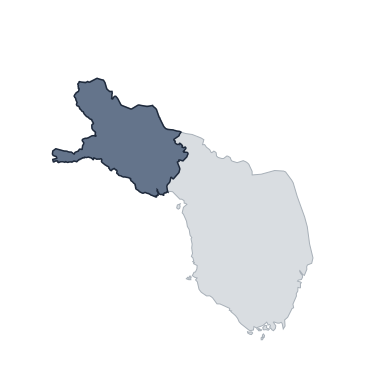 Finland, with Lapland highlighted, rotated 309°
{"feature_id": "FIN-3176", "entity_name": "Lapland", "entity_type": "Province", "adm_level": 1, "iso_a3": "FIN", "parent_name": "Finland", "parent_adm1": "", "projection": "orthographic", "projection_center": [25.412, 67.834], "detail": "fine", "context": "in_parent", "style": "filled", "palette": "slate", "viewbox_px": 384, "rotation_deg": 309, "n_neighbors": 0, "source": "natural_earth", "source_scale": "10m", "svg_char_len": 9430}
<svg xmlns="http://www.w3.org/2000/svg" viewBox="0 0 384 384"><g transform="rotate(309 192 192)"><path d="M165.0,166.6L163.8,160.9L162.1,156.0L160.2,154.6L159.6,152.7L159.4,148.7L159.8,145.7L161.9,142.8L162.4,138.8L163.6,135.6L163.1,133.5L160.0,127.6L159.7,125.7L159.6,122.5L161.4,119.6L161.0,116.7L157.8,115.5L157.9,113.7L158.9,110.8L158.5,108.2L158.7,102.7L160.4,100.3L158.5,98.4L156.8,94.8L155.3,94.6L154.5,90.8L151.8,87.3L142.4,82.2L136.7,76.6L133.9,72.1L131.1,69.5L131.0,67.3L128.2,65.3L128.8,64.4L131.2,64.5L133.1,65.5L133.8,64.4L133.2,61.1L133.4,60.2L135.7,58.6L139.3,58.8L146.3,72.0L147.3,76.3L154.7,78.0L155.4,79.0L157.4,78.9L161.8,77.0L163.5,74.2L165.1,74.5L175.5,81.0L177.2,79.6L178.2,75.7L179.0,74.0L180.2,72.7L182.6,71.9L184.5,68.8L184.7,59.8L185.6,57.2L187.2,48.4L190.4,44.4L192.6,40.2L194.8,39.6L199.0,40.4L203.7,36.0L206.8,35.3L212.6,42.4L220.7,46.6L223.1,52.6L222.2,55.1L218.4,62.0L218.3,63.8L219.9,66.7L214.0,70.6L214.5,71.6L217.8,71.9L218.2,73.2L215.3,81.8L215.3,83.4L218.2,92.4L226.0,95.9L228.3,99.8L234.3,107.5L234.0,111.2L226.7,125.6L225.0,129.6L224.9,132.0L230.4,142.8L233.5,150.4L236.8,155.9L239.7,165.1L240.1,168.3L235.4,170.4L236.8,172.0L235.9,175.0L236.0,179.2L234.8,182.0L235.1,182.7L237.5,183.2L237.8,185.0L237.7,186.1L235.4,188.4L235.3,190.6L236.9,194.3L238.0,195.5L241.9,196.4L242.4,197.3L242.8,200.0L241.2,202.8L241.3,203.8L243.2,208.6L248.6,212.1L249.4,215.0L249.5,217.0L249.3,218.7L245.9,225.7L243.1,228.0L249.4,234.6L260.7,242.7L265.9,250.0L266.5,252.1L263.9,262.1L262.8,264.9L254.8,276.5L243.5,295.2L237.5,303.5L225.6,316.1L216.9,327.5L211.9,329.9L207.9,327.6L206.0,328.2L204.2,329.9L197.9,331.8L197.6,330.0L198.8,325.2L198.3,325.3L197.2,327.6L196.7,330.2L195.5,331.5L192.9,332.1L190.3,330.0L189.1,330.1L190.4,333.2L190.3,334.1L189.0,333.9L186.1,336.4L185.5,336.4L184.5,334.4L181.5,336.6L178.6,337.0L176.9,338.6L168.4,341.0L166.0,343.8L164.4,343.1L154.8,345.2L150.9,344.5L146.4,348.7L143.0,349.1L146.6,344.8L146.8,343.3L145.0,342.4L143.8,340.8L142.6,337.4L142.0,337.2L140.7,341.4L138.3,342.7L135.5,342.6L135.2,340.7L135.8,339.0L135.4,338.7L135.9,337.3L137.3,337.3L137.7,336.6L137.8,335.8L136.6,334.9L137.9,332.0L132.9,331.1L127.0,327.6L126.4,324.8L123.4,326.6L120.8,324.4L120.5,323.2L120.4,313.1L120.8,310.3L122.5,307.0L123.3,303.6L123.5,297.4L124.4,297.5L123.5,295.4L124.9,295.0L125.2,294.3L122.6,284.2L120.8,281.8L122.7,274.7L122.7,273.1L122.5,271.1L120.4,268.7L119.9,262.3L120.8,258.7L125.6,252.6L125.9,250.1L128.4,250.1L127.4,247.7L127.2,244.9L130.8,244.1L132.1,245.0L135.3,244.2L138.1,242.3L137.3,238.3L138.7,238.2L138.3,237.3L138.4,236.3L139.5,236.8L141.4,234.1L141.5,232.1L144.6,231.1L148.3,227.0L151.6,224.9L155.0,220.7L156.4,220.6L157.2,217.7L161.0,213.5L162.3,210.1L165.8,206.2L169.3,199.4L169.6,197.5L174.7,195.0L179.2,195.8L179.1,194.0L178.4,193.0L180.3,191.2L179.9,188.4L178.8,187.1L180.0,176.7L178.7,174.7L173.6,171.1L171.5,170.8L170.3,168.1L171.0,165.0L168.1,167.4L165.0,166.6ZM130.9,332.4L134.3,332.6L135.2,334.2L133.6,335.1L133.4,336.4L134.2,338.4L132.6,338.3L131.6,336.1L130.0,334.5L130.9,332.4ZM173.5,191.7L171.5,192.7L170.0,192.1L170.0,190.1L172.7,188.8L175.4,190.3L174.1,190.6L173.5,191.7ZM123.1,242.4L122.9,244.1L124.9,243.0L125.6,243.5L125.4,245.0L124.8,244.7L123.1,246.3L121.8,244.7L121.0,242.2L123.1,242.4ZM120.9,326.5L120.6,327.9L118.6,327.9L117.8,326.4L117.5,324.0L118.4,323.0L118.8,324.3L120.9,326.5ZM128.8,332.9L127.7,332.9L126.2,331.3L126.1,330.7L126.7,330.4L126.5,328.7L127.7,329.7L128.3,330.8L127.6,331.1L128.8,332.9ZM126.1,338.7L124.5,339.6L123.9,339.4L124.2,337.6L125.1,336.8L126.6,336.8L126.1,338.7ZM122.9,339.5L121.5,339.7L120.7,338.8L122.1,337.5L123.1,337.6L123.2,338.5L122.9,339.5Z" fill="#d9dde1" stroke="#a8b0b8" stroke-width="1"/><path d="M206.6,34.9L206.9,35.0L207.2,35.6L207.8,36.9L209.9,40.3L210.2,40.6L212.3,41.4L212.3,42.4L212.6,43.0L213.0,43.4L220.5,46.6L220.7,46.9L221.5,49.2L223.2,52.8L222.2,55.6L218.5,60.8L218.4,61.2L218.3,64.2L218.3,64.7L218.4,65.0L219.8,66.5L218.5,67.9L217.2,68.5L214.5,70.7L214.0,70.8L214.1,71.4L214.2,71.6L214.4,71.8L216.7,71.5L217.6,71.6L218.4,72.5L218.0,74.9L217.7,75.9L215.1,81.7L215.0,82.1L215.0,82.6L215.2,83.3L217.9,92.0L218.3,92.6L218.7,92.9L225.4,95.3L225.8,95.6L226.2,96.0L230.0,103.0L230.8,103.9L234.5,106.9L234.1,107.7L234.1,110.5L233.9,111.9L233.8,112.4L229.5,119.2L229.4,119.5L229.3,120.3L228.6,121.3L225.1,128.9L224.7,131.5L225.3,133.7L228.4,138.3L229.0,140.0L229.4,140.6L229.5,141.1L229.7,141.7L231.2,144.0L231.4,144.5L231.6,145.8L228.7,146.0L227.7,146.5L227.0,146.4L221.6,144.8L221.0,145.1L221.0,145.3L221.0,146.5L220.9,146.9L220.8,147.1L220.2,147.1L219.7,147.9L219.5,148.4L219.5,149.2L219.6,150.2L219.9,150.9L220.4,151.4L220.9,151.7L220.9,152.0L221.5,151.8L222.0,151.7L222.1,151.9L222.1,152.1L222.3,152.3L222.1,153.3L222.4,153.8L222.4,154.0L221.9,154.8L221.9,155.4L221.3,155.8L220.7,155.9L220.6,156.1L220.8,156.6L221.1,157.1L221.0,157.4L221.8,158.0L222.6,158.3L222.6,159.0L222.4,159.5L222.2,159.7L221.6,159.9L220.0,159.8L218.7,160.2L218.4,160.1L218.4,159.8L218.4,159.7L218.1,159.7L218.0,159.8L218.2,160.6L217.9,160.8L219.5,162.8L219.8,163.6L219.7,164.1L219.3,164.8L218.7,165.1L217.6,165.3L216.4,165.8L215.9,165.9L210.5,165.4L210.5,165.0L210.1,164.6L209.8,163.9L209.3,162.5L208.7,161.7L208.2,161.8L207.9,162.3L207.7,162.6L206.1,161.8L205.8,162.1L203.0,167.1L202.2,168.1L198.9,169.6L190.6,169.3L190.3,169.1L190.3,168.6L190.3,166.5L189.9,166.4L186.7,168.1L185.3,168.5L182.0,168.3L180.5,168.9L178.0,171.6L176.8,173.3L176.7,172.9L176.5,172.6L176.4,172.5L176.0,172.6L175.7,172.2L174.8,172.3L174.3,171.4L173.8,171.2L173.3,171.1L172.8,171.2L172.4,171.4L171.9,172.0L171.6,172.0L171.5,171.9L171.4,171.6L171.4,170.2L170.5,169.6L170.4,169.4L170.0,168.5L169.9,167.9L170.1,167.1L170.3,166.6L171.0,165.0L171.2,164.4L171.5,164.0L171.9,163.9L172.0,163.8L172.0,163.4L171.8,163.6L171.2,164.0L170.8,164.1L170.8,164.8L170.4,165.2L169.9,166.5L169.6,166.9L168.7,166.9L168.4,167.1L168.3,167.5L168.1,167.7L167.5,167.4L167.0,166.7L166.5,166.5L166.0,166.1L166.2,166.5L166.2,166.9L166.1,167.3L165.8,167.5L165.6,167.4L165.4,167.0L165.1,166.2L165.1,165.5L164.6,164.6L164.4,163.4L163.8,162.2L163.8,161.0L163.4,159.0L162.9,158.3L162.2,155.9L161.9,155.6L160.6,155.0L160.2,154.6L159.9,154.1L159.5,152.5L159.4,151.7L159.2,151.0L159.2,150.7L159.4,149.7L159.4,149.3L159.3,148.0L159.1,147.4L159.1,147.0L159.2,146.3L159.5,145.9L160.2,145.5L160.2,145.0L160.9,144.5L161.2,144.2L161.2,143.9L162.1,143.2L162.2,142.7L162.3,142.2L162.2,141.1L162.4,140.0L162.5,139.4L162.5,138.8L162.4,137.7L162.4,137.4L162.8,136.8L163.0,136.2L163.5,136.2L163.8,135.8L163.3,134.0L163.0,133.2L162.3,132.1L161.6,130.5L161.4,130.1L160.8,129.7L160.5,129.2L160.0,127.9L159.9,126.7L159.0,125.0L158.9,124.3L159.2,123.8L159.4,123.1L159.2,123.0L159.2,122.8L159.2,122.2L159.3,121.7L159.6,121.4L160.9,120.8L161.3,120.3L161.6,119.4L161.2,119.1L161.2,118.4L161.3,117.5L161.4,116.8L161.2,116.6L160.2,116.3L159.4,115.7L158.0,116.0L157.6,115.4L157.5,114.7L157.7,114.1L157.9,113.6L158.2,112.9L158.1,112.6L158.8,111.9L159.0,111.6L159.0,110.9L158.9,110.4L158.7,109.6L158.5,107.8L158.4,107.3L158.4,107.0L158.4,105.2L158.4,103.8L158.5,103.0L158.7,102.5L159.1,102.2L159.9,101.9L160.3,101.6L160.6,101.0L160.6,100.5L160.4,100.1L159.6,99.7L158.6,98.4L157.5,97.3L157.0,94.9L156.7,94.3L156.3,94.4L155.3,95.0L155.1,95.0L154.9,94.8L154.9,94.5L155.1,93.3L155.1,93.0L155.0,92.8L155.1,92.1L154.9,91.6L154.4,90.9L154.3,90.6L154.2,89.8L154.0,89.5L152.4,88.3L152.0,87.8L151.6,86.8L151.3,86.5L150.7,86.7L150.0,85.7L149.7,85.4L149.1,85.4L148.7,85.1L148.2,85.0L147.5,84.5L146.6,84.4L146.6,84.1L145.8,83.7L143.2,83.5L142.8,83.2L142.8,82.6L142.5,82.3L142.1,81.3L141.6,80.6L139.6,79.9L139.4,79.0L138.8,78.5L137.9,77.4L137.1,77.1L136.7,76.7L136.3,75.4L136.2,74.8L136.0,74.6L135.1,74.5L135.0,74.1L134.8,73.8L134.2,72.5L132.8,70.8L131.0,69.9L130.8,69.5L130.8,68.9L131.2,68.7L131.4,68.3L131.4,67.7L131.2,67.3L130.7,67.1L130.0,66.2L128.7,65.9L128.2,65.3L129.4,63.5L129.7,63.3L132.7,65.5L133.1,65.7L133.4,65.5L134.1,64.2L133.0,61.2L133.6,59.7L133.8,59.5L136.3,58.0L139.8,58.9L140.0,59.1L143.5,67.1L144.9,68.9L145.1,69.3L145.2,70.1L145.3,70.4L146.1,72.0L146.9,72.8L147.1,73.1L147.2,75.9L147.3,76.5L147.5,76.6L148.8,76.2L149.1,76.2L149.4,76.2L152.2,77.9L154.1,77.6L154.7,77.8L154.9,78.1L155.8,79.7L156.0,79.8L159.2,77.8L161.0,77.6L162.1,77.0L162.5,75.7L162.8,74.4L163.5,73.9L164.3,73.9L166.6,75.2L166.9,75.9L167.2,76.2L168.8,77.3L172.4,78.7L173.5,79.6L174.3,80.9L174.6,81.9L174.8,82.1L175.1,82.1L175.4,81.7L175.7,80.6L176.0,80.3L176.3,80.3L177.0,79.8L177.5,79.6L177.7,79.3L177.8,78.7L177.7,78.4L177.7,78.2L177.8,77.8L177.8,76.4L177.9,75.7L178.1,75.1L178.5,74.2L180.6,72.3L181.1,72.0L181.6,71.9L182.9,72.4L183.2,72.3L183.5,72.1L184.0,70.8L184.3,70.2L184.4,69.9L184.5,69.5L184.6,69.1L185.1,68.7L185.2,68.3L185.1,68.1L184.7,67.5L184.7,67.1L184.5,66.6L184.6,65.9L184.6,64.9L184.7,64.5L184.8,64.3L184.3,62.6L184.4,61.8L184.8,59.3L184.9,58.8L185.9,57.1L185.5,55.6L185.7,54.9L185.9,54.5L185.9,53.7L186.0,53.4L186.2,53.0L185.9,52.4L186.1,52.1L186.7,51.6L187.0,51.1L187.2,50.4L187.2,49.7L186.9,49.0L186.7,48.7L186.7,48.4L186.9,47.7L187.2,47.3L187.4,47.0L189.2,46.4L189.9,45.1L190.4,44.0L191.5,42.7L191.8,42.1L191.7,41.5L192.1,40.7L192.3,40.1L192.7,39.9L194.5,39.6L195.2,39.8L196.2,39.5L196.5,39.6L197.1,40.0L197.7,39.9L198.5,40.5L200.9,39.6L201.3,39.0L201.0,38.7L201.1,38.4L201.6,38.2L202.2,37.3L203.4,36.6L203.5,36.1L203.9,35.4L204.4,35.2L205.8,35.4L206.6,34.9Z" fill="#64748b" stroke="#1e293b" stroke-width="1.5"/></g></svg>